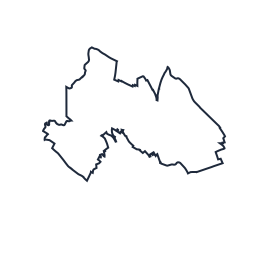 outline of Sint-Michielsgestel, Noord-Brabant, Netherlands, rotated 52°
{"feature_id": "6326949B43570757330374", "entity_name": "Sint-Michielsgestel", "entity_type": "district", "adm_level": 2, "iso_a3": "NLD", "parent_name": "Netherlands", "parent_adm1": "Noord-Brabant", "projection": "natural_earth1", "projection_center": [5.374, 51.651], "detail": "fine", "context": "isolated", "style": "outline", "palette": "slate", "viewbox_px": 256, "rotation_deg": 52, "n_neighbors": 0, "source": "geoboundaries", "source_scale": "gbopen_adm2", "svg_char_len": 5474}
<svg xmlns="http://www.w3.org/2000/svg" viewBox="0 0 256 256"><g transform="rotate(52 128 128)"><path d="M126.4,197.5L133.9,195.5L136.9,194.0L138.3,193.5L138.7,193.4L138.7,193.5L139.4,193.4L141.4,193.3L142.0,193.2L144.3,192.8L142.3,188.8L142.3,188.7L142.2,188.6L142.0,188.2L140.3,184.8L139.9,184.4L139.7,184.2L140.0,184.1L141.6,183.4L140.0,181.7L139.5,180.6L139.5,180.4L140.1,177.4L137.1,175.5L138.0,172.6L137.7,170.5L136.7,170.6L136.0,170.6L134.7,171.0L134.3,171.1L132.7,167.6L134.3,167.4L134.2,167.2L132.0,166.5L132.6,164.5L135.4,164.4L136.0,164.1L135.6,163.7L135.0,163.2L131.4,161.3L131.6,161.0L131.8,160.8L132.2,160.7L132.2,160.3L131.2,160.2L131.2,157.4L131.3,155.7L127.5,154.2L125.5,153.6L122.0,152.7L119.9,153.0L118.2,153.5L117.6,153.8L117.5,153.2L117.8,152.8L118.0,151.8L118.2,151.7L118.0,149.3L117.9,147.6L119.2,148.0L119.8,148.0L121.5,147.2L123.7,145.9L124.3,145.8L126.3,145.5L129.3,145.8L131.1,146.2L131.3,145.7L129.7,145.2L127.7,144.8L127.0,143.7L125.3,144.3L123.4,144.0L122.3,143.6L121.4,143.2L120.5,142.6L119.5,141.9L118.5,140.8L121.8,139.3L123.1,139.0L123.2,138.8L122.5,137.2L123.4,137.0L124.1,137.9L124.4,138.5L127.2,137.6L126.6,136.7L127.0,136.6L126.6,135.6L127.5,135.4L127.4,135.3L125.5,134.1L125.8,133.9L126.7,133.0L127.6,134.4L128.5,134.6L132.3,135.1L133.4,134.4L133.5,134.3L133.8,134.4L134.0,134.6L133.9,134.7L134.1,134.8L138.4,135.5L139.5,135.6L140.4,135.5L141.4,135.4L144.0,135.0L145.2,134.7L145.8,136.0L150.2,134.2L151.8,132.5L152.5,132.1L152.7,132.5L156.8,131.7L156.7,128.9L162.3,128.5L163.9,128.8L164.2,127.8L163.1,127.4L162.6,127.3L162.4,126.6L162.5,126.3L162.6,125.4L164.3,125.2L164.2,124.8L165.3,123.8L162.8,123.5L162.9,122.8L167.1,123.4L166.6,121.6L166.6,121.0L174.0,123.5L174.2,123.4L175.1,124.1L175.4,123.5L176.4,123.8L181.2,120.8L181.8,120.3L182.1,119.8L183.4,116.5L183.7,115.9L184.1,115.4L185.2,114.4L185.4,114.1L185.7,113.6L185.8,113.3L185.9,112.6L185.5,111.0L185.6,110.2L185.9,109.6L186.2,109.3L186.5,109.0L187.1,108.6L187.6,108.4L188.3,108.3L193.1,107.9L194.4,107.8L196.1,107.9L197.7,108.1L199.1,108.3L200.7,108.7L201.0,107.1L201.4,105.6L204.8,101.1L205.0,101.1L208.3,91.6L210.2,86.2L210.9,83.9L214.0,75.1L209.3,73.9L208.2,76.3L205.0,75.1L201.1,73.8L200.9,73.7L201.6,70.7L202.4,67.8L202.7,67.1L203.3,65.6L203.5,64.5L203.4,64.4L203.1,64.3L201.4,64.0L200.7,64.0L199.8,64.1L196.6,65.0L198.4,62.6L197.8,62.4L198.8,60.7L194.7,59.2L194.3,56.7L192.7,56.4L188.9,56.0L184.5,55.7L184.5,55.2L183.0,55.1L182.1,55.1L181.0,55.3L157.1,58.6L156.0,58.7L155.6,58.6L149.0,59.4L147.5,59.5L145.7,59.3L144.5,59.1L134.5,55.9L133.9,55.8L133.5,55.8L128.8,56.1L121.6,57.0L120.9,57.2L120.2,57.5L119.9,57.7L119.5,58.1L119.2,58.6L119.0,59.3L118.9,59.5L118.4,60.0L117.9,60.3L113.7,61.6L112.8,61.7L112.1,61.6L111.6,61.4L108.6,59.7L107.9,59.4L107.0,59.2L106.2,59.1L105.4,59.0L104.5,59.1L104.3,59.2L104.6,59.7L105.5,60.7L106.5,63.0L106.7,63.6L107.0,64.5L107.3,65.6L107.9,66.6L109.2,69.4L110.5,71.8L112.3,74.5L114.1,76.9L115.8,79.1L116.3,79.3L116.2,79.7L118.3,82.1L119.3,83.2L120.3,84.4L121.7,85.5L122.2,85.8L124.4,87.8L123.6,88.3L123.0,87.8L122.0,87.2L120.9,86.7L119.1,86.1L119.2,85.9L118.9,85.9L113.8,84.9L113.8,85.0L113.3,84.9L113.0,84.9L112.9,85.2L111.7,85.0L110.9,84.8L102.2,83.2L101.8,84.5L100.4,84.2L99.6,84.1L98.0,84.0L97.0,84.0L96.9,84.2L96.4,84.4L96.3,84.6L95.0,90.2L98.1,92.8L100.6,94.7L98.3,95.9L99.1,96.8L97.2,97.8L98.1,98.9L93.3,101.4L90.1,102.9L87.1,104.1L87.3,104.4L84.3,105.9L85.3,107.0L81.4,109.1L78.8,106.0L76.5,103.6L69.4,96.7L68.8,96.1L68.6,95.6L62.7,98.5L60.5,99.4L55.9,100.9L53.6,101.9L52.1,102.4L50.5,102.8L50.3,102.9L49.1,103.0L48.3,103.2L47.1,103.8L46.0,104.5L45.1,105.4L44.9,105.6L42.2,106.9L42.0,109.1L42.0,109.4L42.2,110.1L42.5,110.8L42.6,111.0L44.7,113.2L44.8,113.3L45.3,113.7L46.0,114.2L48.5,115.6L48.7,115.8L50.0,116.5L50.4,116.9L50.9,117.5L51.2,118.1L51.4,118.8L51.6,122.7L51.7,123.3L51.9,123.6L53.9,125.6L54.0,125.7L54.7,125.9L56.5,125.9L56.7,126.0L56.8,126.1L57.4,127.1L57.8,127.7L58.9,128.8L59.2,129.3L59.4,130.0L59.8,132.3L59.5,132.3L59.9,136.3L59.8,136.8L58.8,138.8L58.7,139.7L58.7,140.2L58.7,140.7L58.9,141.6L59.1,142.0L59.5,144.6L59.7,145.8L60.0,146.2L60.8,146.7L61.2,147.0L61.5,147.5L61.5,148.0L61.0,149.4L60.7,149.9L60.1,150.3L57.6,151.3L61.1,153.9L80.9,169.3L86.1,168.3L86.1,168.2L87.2,168.1L86.9,168.5L86.7,168.7L86.7,168.9L86.7,169.7L86.6,169.9L86.5,170.2L85.2,171.5L85.2,171.4L85.0,171.5L84.9,171.8L84.8,172.1L84.8,172.3L84.9,172.6L85.8,174.6L86.1,175.2L86.4,175.9L86.5,176.2L86.5,176.5L86.3,176.8L86.2,176.9L85.9,177.3L84.1,178.4L83.9,178.7L83.5,179.8L83.2,180.2L82.9,180.5L81.6,181.2L81.2,181.4L80.5,181.5L80.5,181.4L79.1,181.5L77.7,181.3L77.3,181.4L76.9,181.6L76.6,181.9L76.0,183.0L75.7,183.4L75.1,184.0L74.0,184.8L73.8,185.2L73.8,185.5L74.0,185.8L74.6,185.8L74.8,186.1L74.9,186.3L74.7,187.0L75.0,187.3L76.3,187.6L76.7,188.0L77.0,188.5L76.9,188.9L76.4,189.3L75.7,189.6L75.3,189.6L74.5,189.4L73.7,189.0L73.5,190.4L73.6,190.7L73.8,191.0L74.0,191.2L75.9,192.1L76.2,192.3L76.5,192.6L76.7,192.9L76.7,193.1L76.9,194.2L77.1,194.9L77.7,196.2L78.0,196.7L78.1,196.8L81.0,195.7L83.2,194.9L83.6,194.9L83.7,196.4L83.8,196.9L84.1,197.6L84.2,198.0L84.2,198.3L84.2,198.5L84.2,199.1L84.4,199.4L84.5,199.6L84.9,200.0L85.7,200.8L85.9,200.9L85.9,200.7L86.2,200.4L87.0,199.4L88.0,198.5L88.1,198.4L89.3,197.3L95.0,195.5L97.2,200.2L99.9,199.8L102.4,199.3L104.4,198.8L105.4,198.7L113.2,198.6L117.6,198.7L119.8,198.7L121.0,198.7L122.3,198.5L125.0,197.8L124.9,197.7L126.3,197.4L126.4,197.5Z" fill="none" stroke="#1e293b" stroke-width="2"/></g></svg>